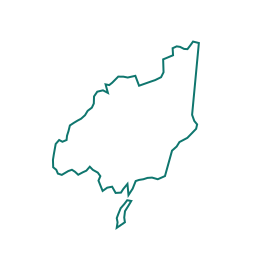 Jaqueira, Pernambuco, Brazil, rotated 194°
{"feature_id": "56859067B82313432077576", "entity_name": "Jaqueira", "entity_type": "district", "adm_level": 2, "iso_a3": "BRA", "parent_name": "Brazil", "parent_adm1": "Pernambuco", "projection": "equal_earth", "projection_center": [-35.799, -8.742], "detail": "fine", "context": "isolated", "style": "outline", "palette": "teal", "viewbox_px": 256, "rotation_deg": 194, "n_neighbors": 0, "source": "geoboundaries", "source_scale": "gbopen_adm2", "svg_char_len": 1262}
<svg xmlns="http://www.w3.org/2000/svg" viewBox="0 0 256 256"><g transform="rotate(194 128 128)"><path d="M111.3,63.0L108.8,70.3L107.7,78.4L104.7,80.3L100.7,82.0L97.0,84.3L92.7,85.7L86.7,85.5L80.5,90.3L79.8,116.7L76.3,121.8L74.7,126.8L68.0,132.8L61.7,143.7L61.8,148.2L65.4,150.9L69.0,156.3L79.8,227.6L85.8,227.6L87.6,223.0L89.4,218.9L92.7,218.3L97.1,219.3L100.5,219.0L104.0,216.2L101.9,209.5L110.5,203.1L107.0,190.7L108.2,185.3L113.3,181.0L116.9,178.7L127.5,171.7L133.5,180.4L140.5,176.9L144.8,176.7L149.9,175.5L154.3,168.1L156.6,165.1L160.3,164.9L158.2,161.1L156.0,157.2L161.4,158.5L166.6,155.8L168.6,150.4L167.1,143.5L168.0,139.0L171.3,134.9L172.8,130.0L175.8,125.6L178.6,123.1L181.8,119.9L185.0,116.4L185.0,110.5L185.3,105.7L184.7,101.5L188.3,98.8L191.9,99.7L194.3,95.0L193.6,84.5L193.1,78.9L191.1,71.8L187.5,70.1L185.0,66.8L180.9,66.5L175.5,71.8L172.3,73.9L168.8,72.7L165.0,70.6L161.0,74.2L158.1,76.5L155.7,81.2L152.0,78.9L146.5,77.4L143.2,74.6L143.9,69.8L141.4,66.3L137.4,60.8L133.7,65.1L129.2,67.2L124.3,62.0L119.2,63.6L117.8,67.7L115.0,73.6L111.3,63.0ZM114.8,28.4L108.2,35.8L110.0,40.2L110.8,46.6L108.4,53.9L107.2,58.0L111.3,57.7L113.2,53.3L115.7,48.4L116.6,42.2L117.1,37.8L115.3,34.0L114.8,28.4Z" fill="none" stroke="#0f766e" stroke-width="2"/></g></svg>